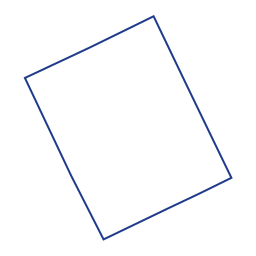 the district of Linn, Iowa, United States of America, rotated 334°
{"feature_id": "52423323B70350332268545", "entity_name": "Linn", "entity_type": "district", "adm_level": 2, "iso_a3": "USA", "parent_name": "United States of America", "parent_adm1": "Iowa", "projection": "mercator", "projection_center": [-91.569, 42.079], "detail": "fine", "context": "isolated", "style": "outline", "palette": "blue", "viewbox_px": 256, "rotation_deg": 334, "n_neighbors": 0, "source": "geoboundaries", "source_scale": "gbopen_adm2", "svg_char_len": 302}
<svg xmlns="http://www.w3.org/2000/svg" viewBox="0 0 256 256"><g transform="rotate(334 128 128)"><path d="M200.0,38.8L128.7,38.9L57.3,37.8L56.0,145.6L56.6,181.5L57.2,217.4L128.4,217.8L163.8,218.2L199.1,218.1L199.2,182.3L199.5,110.7L200.0,38.8Z" fill="none" stroke="#1e3a8a" stroke-width="2"/></g></svg>